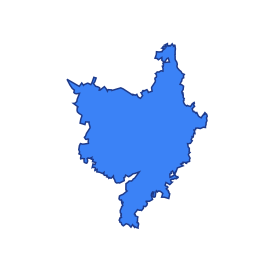 the district of San Luis De Sincé, Sucre, Colombia, rotated 199°
{"feature_id": "7082276B69814222913428", "entity_name": "San Luis De Sincé", "entity_type": "district", "adm_level": 2, "iso_a3": "COL", "parent_name": "Colombia", "parent_adm1": "Sucre", "projection": "robinson", "projection_center": [-75.111, 9.253], "detail": "fine", "context": "isolated", "style": "filled", "palette": "blue", "viewbox_px": 256, "rotation_deg": 199, "n_neighbors": 0, "source": "geoboundaries", "source_scale": "gbopen_adm2", "svg_char_len": 5731}
<svg xmlns="http://www.w3.org/2000/svg" viewBox="0 0 256 256"><g transform="rotate(199 128 128)"><path d="M162.7,83.4L161.3,84.3L159.4,84.7L159.2,83.4L158.4,81.5L157.0,81.1L155.6,81.3L155.3,82.4L155.4,83.7L156.7,85.9L156.0,86.7L155.2,86.6L154.4,86.8L152.7,88.3L152.9,86.7L151.7,86.6L151.7,86.9L150.7,86.9L150.6,84.6L147.3,84.9L147.3,82.7L149.4,82.6L149.0,79.0L148.5,79.5L147.9,79.4L146.6,79.8L145.7,79.4L145.5,78.5L145.7,77.4L145.4,77.0L144.6,78.2L143.7,78.8L143.2,76.4L140.5,76.9L137.1,76.7L136.3,78.1L135.9,76.4L135.2,75.7L134.3,75.7L132.5,76.4L132.1,75.4L132.2,74.9L130.4,75.0L129.8,74.2L129.3,74.9L129.2,74.7L127.4,75.2L126.2,77.9L125.4,76.1L123.5,74.4L122.7,73.1L121.9,72.6L120.9,72.3L119.0,73.2L118.0,73.3L114.4,77.0L115.7,79.7L115.0,80.2L114.9,82.7L111.4,82.1L110.7,83.2L110.1,83.6L108.4,86.3L106.5,87.4L103.1,90.1L105.4,82.6L106.4,81.5L106.7,80.2L107.4,79.0L109.1,78.5L109.9,77.9L110.4,76.6L111.8,74.7L110.0,69.2L109.9,69.3L108.9,68.2L108.4,68.1L111.0,63.8L113.2,61.8L113.9,60.9L113.5,58.3L112.9,57.6L112.4,57.4L111.1,57.5L110.9,57.8L110.5,57.6L110.3,57.2L110.4,56.9L109.8,55.8L109.2,56.2L108.5,56.2L108.5,54.4L108.9,54.4L107.7,53.1L108.4,51.3L108.2,50.8L108.5,47.5L107.6,45.3L106.5,44.8L106.5,44.4L106.2,44.2L106.1,43.5L106.4,43.4L106.4,43.2L105.9,43.1L105.8,42.4L106.2,42.2L105.8,42.3L105.7,41.5L105.2,41.4L105.3,41.2L105.7,41.3L106.2,40.8L106.2,40.4L105.9,40.4L106.1,39.4L106.3,39.4L106.3,37.9L105.6,37.5L104.9,36.3L103.8,36.4L102.4,34.7L100.8,34.0L100.5,34.0L98.6,36.9L96.0,36.9L92.9,35.2L92.2,38.1L89.6,36.3L89.5,37.0L87.9,36.6L85.9,36.7L86.3,37.6L86.7,40.7L87.4,41.6L88.4,41.4L88.8,41.8L88.7,43.1L89.5,45.4L89.7,47.1L92.6,47.4L93.0,48.5L93.9,48.7L93.9,49.4L92.7,52.8L92.5,53.9L90.6,53.9L89.4,54.4L88.3,54.4L87.3,57.0L87.8,59.0L85.8,59.4L85.0,61.3L85.2,63.1L86.8,64.2L86.9,64.7L84.0,65.6L81.5,68.4L84.0,71.8L84.3,73.7L84.1,73.7L83.9,75.5L82.6,75.8L82.7,73.5L82.2,71.4L80.9,71.0L79.9,71.9L80.7,75.9L80.7,77.8L79.4,77.1L78.8,78.3L76.8,78.7L73.8,77.5L73.7,73.5L71.1,74.4L66.5,74.6L67.1,79.4L68.4,80.1L68.5,80.8L69.1,80.9L69.7,82.1L70.9,82.3L72.0,82.9L72.1,83.1L71.2,84.1L71.0,85.1L71.7,85.6L72.8,85.3L74.3,86.0L74.3,88.9L70.1,88.1L68.5,91.2L69.2,91.1L69.8,91.4L70.8,92.6L70.6,93.1L69.6,94.0L68.5,94.2L67.2,95.7L65.9,95.6L64.5,97.5L65.1,98.2L65.5,97.8L66.4,97.7L68.4,99.2L70.4,96.5L70.7,96.8L71.5,95.5L72.2,95.0L73.5,98.1L72.2,99.2L73.0,100.2L71.8,101.9L69.2,99.1L68.9,99.7L68.5,101.0L69.2,101.0L68.5,103.2L68.3,103.1L68.3,106.4L63.6,110.2L66.4,111.1L65.3,112.4L64.5,112.4L64.8,113.5L61.8,114.3L61.7,113.5L61.2,113.6L61.4,114.1L61.1,114.4L61.3,114.7L58.9,116.5L59.6,118.2L59.5,119.7L61.8,121.9L62.3,122.7L62.3,123.1L61.4,125.1L62.5,125.3L62.8,127.2L63.2,127.7L63.4,128.8L64.8,129.5L66.6,132.6L65.6,132.8L64.7,133.6L64.0,133.8L63.1,136.9L64.4,137.4L64.5,138.0L64.2,139.8L64.6,140.7L63.4,140.8L64.1,144.4L62.9,144.5L63.8,146.2L65.0,147.6L63.6,148.3L63.9,149.8L62.1,150.7L59.5,151.0L57.1,153.2L54.9,153.7L55.3,154.8L55.3,156.5L55.9,158.5L55.7,160.6L57.1,163.1L56.9,164.9L57.8,166.2L60.3,167.6L60.5,166.9L60.2,167.1L59.9,167.0L60.0,166.7L59.3,166.7L61.4,164.4L62.1,161.5L62.5,161.5L64.9,162.0L66.0,162.9L68.0,165.0L68.6,164.1L69.5,164.7L71.1,164.8L71.2,165.1L71.8,164.8L73.6,167.0L72.1,170.2L73.5,171.2L73.3,173.1L73.8,173.7L75.1,171.9L75.9,168.7L78.0,168.5L79.2,168.7L79.7,167.9L81.8,168.5L83.6,170.1L84.5,171.8L84.1,172.5L84.6,173.5L84.4,174.1L85.8,174.9L86.3,176.7L86.9,177.1L86.8,178.0L87.3,178.2L87.5,177.9L87.7,178.0L87.4,178.3L87.6,179.2L88.5,179.3L88.9,179.8L88.4,182.4L89.1,185.6L91.4,186.4L93.0,186.2L92.9,188.5L92.5,189.8L92.8,191.4L92.7,192.7L91.7,193.6L92.6,195.5L92.2,197.0L94.6,197.2L96.3,198.7L98.2,199.4L100.8,200.9L101.9,202.4L102.1,204.2L102.9,205.5L103.5,206.3L105.2,207.6L105.9,208.6L106.8,211.2L107.5,212.6L107.3,212.8L108.4,215.8L108.9,218.2L110.4,221.2L110.9,220.7L110.8,221.2L111.1,221.4L112.2,220.7L113.6,222.0L114.6,219.4L115.1,219.2L115.1,219.7L116.7,218.8L116.8,218.5L117.5,219.0L118.2,220.6L120.4,218.3L119.1,218.3L119.0,217.6L118.4,217.4L118.5,216.8L119.4,216.9L120.7,216.3L120.9,216.5L121.4,216.2L121.4,215.2L122.0,214.5L120.9,214.4L119.2,214.7L120.6,212.5L120.6,211.3L123.3,210.0L125.9,209.4L125.1,206.5L125.2,202.8L123.2,203.2L121.5,202.4L119.0,205.7L118.3,204.1L118.2,203.2L115.5,202.0L115.0,202.0L113.7,206.4L112.7,207.2L110.3,203.9L115.0,201.7L116.1,200.6L114.9,199.1L115.2,198.3L114.9,197.8L115.6,197.5L114.2,195.6L113.5,193.1L115.1,193.0L115.7,192.6L116.8,191.1L118.7,190.5L119.3,188.8L119.8,188.4L118.5,187.6L117.8,186.0L117.8,185.1L118.6,184.4L118.6,183.1L117.6,182.0L117.3,180.3L118.9,174.2L118.7,173.4L117.2,170.7L120.3,168.2L120.9,169.1L122.6,170.4L125.3,168.0L125.5,168.4L126.1,168.2L126.5,165.6L127.0,165.5L124.7,163.4L125.8,160.1L128.1,160.4L129.6,161.5L130.6,162.7L131.8,161.4L134.3,161.4L134.2,160.7L134.5,160.7L145.4,163.4L147.9,163.6L155.5,158.2L155.9,158.7L159.3,157.8L159.4,156.1L161.5,158.0L163.8,159.4L166.9,154.6L167.6,154.4L167.7,156.5L168.0,156.8L170.1,157.1L172.2,156.9L175.1,158.7L174.4,160.9L174.4,164.9L176.8,164.8L176.8,159.4L177.3,156.9L180.3,157.3L181.0,157.1L183.9,154.4L184.0,153.9L186.4,155.5L187.6,151.5L201.0,154.1L201.1,153.8L197.0,149.9L193.5,147.2L191.1,146.4L190.7,143.9L189.4,143.4L188.0,143.5L185.1,145.0L185.4,138.6L185.0,136.2L186.4,134.0L187.6,133.5L182.2,131.7L182.3,130.9L182.6,130.7L181.9,128.1L181.1,126.8L179.0,125.8L176.2,125.2L175.7,124.8L175.5,124.4L175.5,121.0L174.9,117.0L169.8,117.2L170.0,120.0L166.7,120.9L166.4,119.7L164.1,116.4L164.0,115.4L165.5,109.4L165.5,106.6L166.2,105.0L164.3,103.5L163.5,103.7L162.8,104.4L161.8,104.6L161.3,102.4L160.4,100.6L164.3,98.5L165.8,97.9L167.9,97.8L168.2,95.5L167.5,91.5L165.9,89.6L166.0,87.6L164.4,87.5L163.3,86.5L163.1,84.2L162.7,83.4Z" fill="#3b82f6" stroke="#1e3a8a" stroke-width="1.5"/></g></svg>